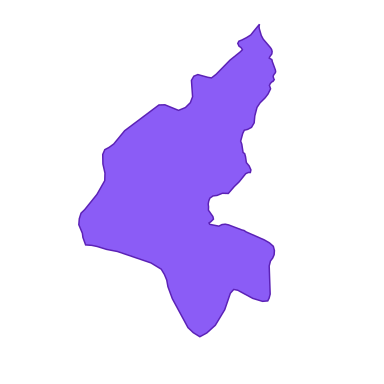 the border of Fès - Boulemane, rotated 73°
{"feature_id": "MAR-1446", "entity_name": "Fès - Boulemane", "entity_type": "Region", "adm_level": 1, "iso_a3": "MAR", "parent_name": "Morocco", "parent_adm1": "", "projection": "natural_earth1", "projection_center": [-4.364, 33.462], "detail": "fine", "context": "isolated", "style": "filled", "palette": "violet", "viewbox_px": 384, "rotation_deg": 73, "n_neighbors": 0, "source": "natural_earth", "source_scale": "10m", "svg_char_len": 1829}
<svg xmlns="http://www.w3.org/2000/svg" viewBox="0 0 384 384"><g transform="rotate(73 192 192)"><path d="M78.9,74.2L81.1,74.3L83.3,75.3L85.5,78.2L86.6,79.0L88.6,77.0L89.5,76.9L90.4,77.1L99.7,76.6L101.6,76.9L102.7,77.9L103.6,79.3L104.9,80.5L105.9,80.7L108.2,80.6L108.6,80.5L109.9,82.2L109.8,82.7L110.6,84.4L111.0,85.2L112.6,86.8L116.3,86.7L120.5,90.6L123.3,94.5L126.6,100.8L130.1,105.1L137.6,109.7L144.0,112.3L147.6,116.2L148.4,120.5L148.2,123.9L150.9,126.4L157.6,130.6L160.8,130.4L169.1,131.6L170.8,130.4L173.9,130.5L179.8,131.4L183.8,129.7L188.1,129.2L190.4,130.5L189.8,132.5L190.2,135.3L196.1,144.0L199.1,149.9L204.0,157.7L202.1,163.3L202.6,169.1L201.9,173.0L203.1,176.7L205.5,178.6L208.2,180.0L211.0,180.5L214.2,181.6L221.6,179.2L224.2,179.4L225.9,182.6L226.6,184.8L228.1,184.5L232.5,176.3L231.9,172.8L232.5,169.6L234.1,166.7L242.8,155.5L244.1,153.4L246.0,151.9L259.0,136.8L263.3,132.8L267.7,130.1L272.1,130.3L276.0,131.8L278.8,134.2L280.9,137.1L285.3,139.8L312.5,147.1L316.1,149.3L318.3,151.4L317.2,156.5L311.5,165.0L299.3,177.0L297.4,180.6L300.0,184.9L314.1,195.1L326.2,208.6L331.1,219.0L332.7,226.8L326.9,231.9L320.5,235.5L288.3,242.0L275.5,242.7L268.8,241.9L262.7,242.5L256.8,244.0L247.8,252.0L227.1,280.7L221.9,290.5L216.4,298.6L213.7,303.5L211.5,309.2L203.6,309.6L199.4,308.9L190.2,309.8L184.6,307.6L179.8,304.3L177.5,299.8L166.5,283.6L155.6,272.1L148.5,269.7L139.2,269.0L130.0,266.4L126.0,263.0L125.1,258.3L123.2,252.8L113.7,238.5L99.1,198.2L100.7,192.4L110.0,181.0L109.3,173.6L106.1,167.5L101.1,163.6L85.1,159.9L81.8,156.4L81.4,152.1L86.9,143.4L88.6,140.0L86.5,134.5L77.0,117.1L72.2,105.1L70.7,102.2L68.2,102.9L66.3,104.4L63.3,104.8L61.5,103.1L61.2,99.7L60.3,94.7L59.0,89.9L56.0,85.5L51.3,78.4L53.3,79.5L55.6,79.9L62.6,80.0L66.7,79.2L76.8,74.8L78.9,74.2Z" fill="#8b5cf6" stroke="#5b21b6" stroke-width="1.5"/></g></svg>